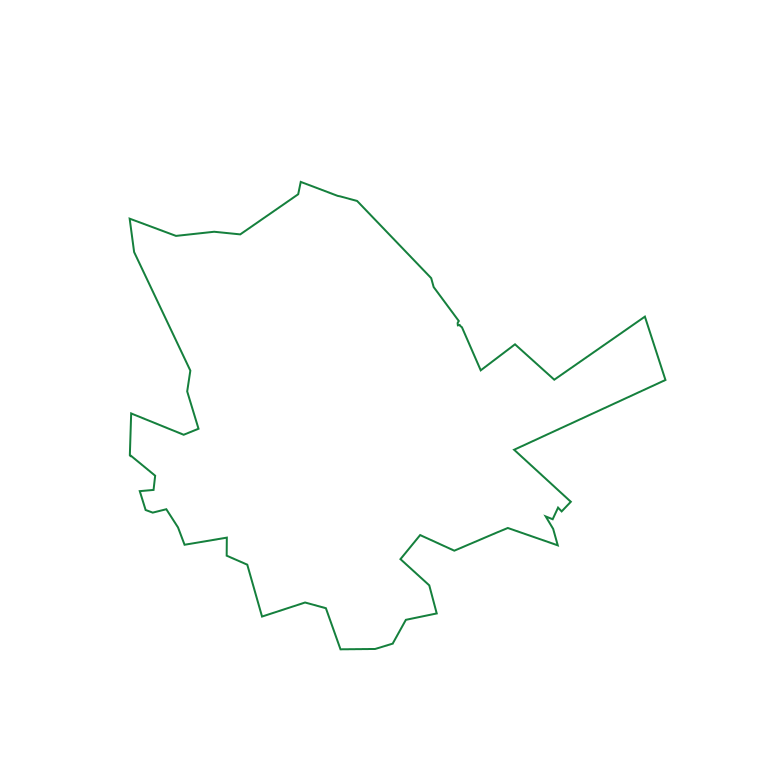 outline of Richmond, Virginia, United States of America, rotated 159°
{"feature_id": "52423323B61032845323419", "entity_name": "Richmond", "entity_type": "district", "adm_level": 2, "iso_a3": "USA", "parent_name": "United States of America", "parent_adm1": "Virginia", "projection": "natural_earth1", "projection_center": [-77.473, 37.525], "detail": "fine", "context": "isolated", "style": "outline", "palette": "green", "viewbox_px": 768, "rotation_deg": 159, "n_neighbors": 0, "source": "geoboundaries", "source_scale": "gbopen_adm2", "svg_char_len": 970}
<svg xmlns="http://www.w3.org/2000/svg" viewBox="0 0 768 768"><g transform="rotate(159 384 384)"><path d="M119.8,286.9L116.3,353.4L223.5,327.0L247.5,374.1L288.8,362.1L290.9,409.0L292.1,411.1L292.2,412.0L294.0,412.3L293.6,414.0L293.1,414.9L291.6,416.0L302.9,456.7L302.0,465.9L343.5,564.5L357.7,574.9L359.8,576.2L389.3,602.5L396.1,591.9L464.6,575.2L488.0,587.0L525.1,596.8L562.2,629.5L570.0,596.7L560.0,465.9L570.4,447.6L573.2,408.7L589.2,408.4L630.6,447.1L646.8,408.6L646.5,407.6L646.0,407.7L630.5,380.4L637.1,367.7L650.4,371.5L651.7,351.8L646.0,346.8L632.1,345.1L627.7,323.9L627.8,305.4L585.8,296.9L592.4,280.1L576.4,264.3L581.2,210.6L536.0,208.3L518.6,195.5L519.7,151.9L487.2,139.8L468.8,138.5L468.6,138.8L448.1,156.0L417.0,150.9L413.9,179.8L431.4,214.6L404.4,230.0L378.1,203.2L331.7,204.9L320.0,205.2L279.6,171.1L278.0,188.1L280.5,202.4L275.0,197.3L265.8,206.2L263.8,201.4L251.8,207.1L286.1,276.0L119.8,286.9Z" fill="none" stroke="#15803d" stroke-width="2"/></g></svg>